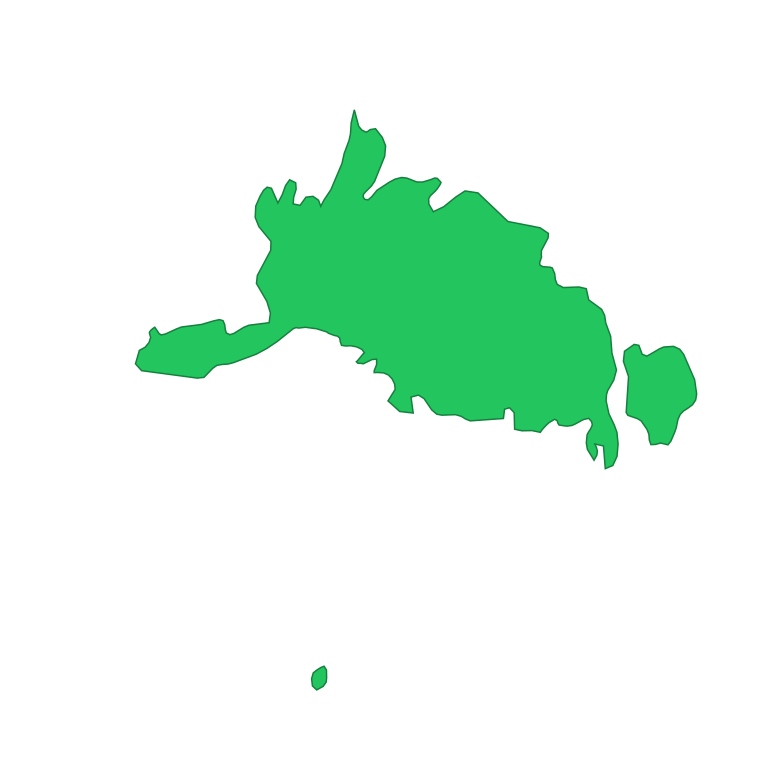 SVG path tracing the border of Saare, rotated 50°
{"feature_id": "EST-2352", "entity_name": "Saare", "entity_type": "Municipality", "adm_level": 1, "iso_a3": "EST", "parent_name": "Estonia", "parent_adm1": "", "projection": "mercator", "projection_center": [22.596, 58.233], "detail": "fine", "context": "isolated", "style": "filled", "palette": "green", "viewbox_px": 768, "rotation_deg": 50, "n_neighbors": 0, "source": "natural_earth", "source_scale": "10m", "svg_char_len": 3568}
<svg xmlns="http://www.w3.org/2000/svg" viewBox="0 0 768 768"><g transform="rotate(50 384 384)"><path d="M563.5,234.0L570.7,236.6L580.5,243.3L589.2,252.0L593.5,261.0L591.1,268.9L572.5,255.7L565.6,261.0L569.3,262.1L572.6,263.7L575.4,266.8L577.4,272.1L564.8,270.2L559.2,266.9L553.4,261.0L552.3,258.4L551.1,254.4L549.3,250.8L546.4,249.2L541.9,249.2L541.4,250.4L539.7,253.4L539.1,255.5L537.5,263.6L536.5,266.8L534.2,270.5L532.2,272.6L527.9,276.3L525.9,276.0L523.2,274.9L520.7,276.0L519.7,282.2L519.8,285.6L520.2,289.2L520.7,292.5L521.5,295.3L514.8,300.6L508.5,308.4L502.6,313.0L489.6,302.7L482.9,303.1L480.8,307.8L487.2,314.7L467.7,341.6L463.1,344.1L458.4,345.6L453.5,348.9L445.0,359.8L441.0,363.0L434.3,364.1L421.0,362.7L414.7,364.7L411.4,371.7L425.0,380.3L415.2,389.6L399.5,391.8L395.3,378.9L390.9,375.9L385.5,374.5L380.0,374.8L375.2,377.2L370.8,381.8L369.0,384.2L367.6,383.1L364.4,377.2L360.2,373.7L357.6,377.4L355.2,386.9L353.1,388.6L352.1,389.9L351.2,390.7L349.2,390.9L349.1,389.0L347.5,380.7L347.4,378.9L343.2,378.7L338.1,381.0L333.4,384.8L330.3,388.9L327.1,391.7L323.7,390.4L320.3,388.4L317.3,388.9L315.1,390.7L309.5,393.9L307.3,394.4L298.4,400.1L290.1,407.7L286.3,413.4L284.2,415.2L283.3,418.0L282.8,438.6L281.5,450.8L279.0,462.8L270.9,485.5L268.5,490.6L265.2,495.1L262.3,500.0L261.9,505.3L263.2,517.7L259.4,523.3L218.0,561.1L208.8,561.4L201.0,549.8L202.3,543.4L201.2,537.4L198.3,532.8L194.2,531.0L193.4,530.1L193.0,528.0L192.9,525.4L193.2,523.1L200.9,523.9L203.2,523.1L205.2,519.3L208.4,507.7L210.1,502.6L221.1,485.5L226.2,473.8L228.9,468.7L232.0,466.6L236.2,467.9L240.0,470.4L243.5,472.0L247.1,470.4L248.7,466.7L250.4,455.2L252.1,449.8L263.2,432.6L256.6,425.4L245.4,420.6L225.0,417.1L219.4,411.2L208.8,384.9L202.1,378.9L183.1,378.7L173.6,375.6L165.3,367.9L160.5,358.3L158.2,351.8L158.1,347.0L161.7,344.4L177.1,348.9L173.7,340.5L168.7,331.8L166.9,325.0L173.1,322.3L178.3,326.1L183.0,333.3L187.7,337.8L193.2,333.4L190.7,323.7L194.6,317.8L201.1,316.0L207.2,318.2L204.5,311.8L201.0,299.8L188.1,274.5L181.8,266.3L175.0,254.3L171.1,249.2L162.8,241.2L154.9,230.5L170.3,237.7L175.1,237.8L179.4,236.0L180.1,234.0L180.2,231.1L183.0,226.4L194.1,226.8L202.6,229.7L210.0,237.1L222.7,260.9L224.3,266.6L224.9,274.2L225.4,277.5L226.6,279.2L228.3,279.9L230.0,280.1L232.7,277.9L232.7,273.1L231.1,264.9L232.8,250.2L234.2,243.8L237.1,237.8L241.0,234.1L250.3,229.0L254.1,224.6L257.5,216.8L258.8,212.7L260.8,211.0L266.1,210.7L266.9,211.9L267.9,214.8L268.8,218.2L269.2,220.8L269.6,227.5L270.8,230.7L275.0,234.0L283.7,235.5L286.6,224.3L286.9,208.9L288.2,197.8L298.0,189.2L339.2,184.6L364.7,164.0L374.3,161.3L377.5,164.3L382.9,177.5L386.2,180.5L388.0,181.7L391.2,186.9L393.3,188.1L396.2,186.9L401.4,181.6L403.2,180.5L409.2,182.3L414.1,185.6L419.1,187.3L425.4,184.6L435.0,172.3L441.0,167.8L451.2,173.1L466.8,169.3L473.3,170.9L479.8,174.9L493.1,179.7L506.8,189.5L522.7,196.9L528.7,205.5L532.9,217.0L535.2,220.4L539.5,224.6L551.3,230.8L563.5,234.0ZM607.6,191.9L612.2,201.0L613.1,205.6L607.1,210.0L604.7,215.0L602.0,218.5L597.5,216.8L592.8,213.4L587.8,211.7L577.5,210.7L573.5,212.1L564.8,217.3L561.5,216.8L535.5,191.9L520.5,186.0L513.5,178.7L514.5,166.9L518.2,163.9L527.1,167.1L531.5,164.8L532.2,161.7L534.2,150.1L535.5,145.9L541.3,138.0L547.5,135.1L553.9,135.4L580.4,143.3L592.6,150.9L596.6,155.5L598.2,161.0L597.9,166.5L597.2,171.9L597.7,176.6L600.1,181.6L605.4,188.3L607.6,191.9ZM572.3,616.9L575.2,620.0L576.5,625.0L575.1,632.2L569.3,632.9L563.2,628.9L559.8,623.8L560.0,619.1L560.6,614.6L561.7,611.3L566.1,611.9L572.3,616.9Z" fill="#22c55e" stroke="#15803d" stroke-width="1.5"/></g></svg>